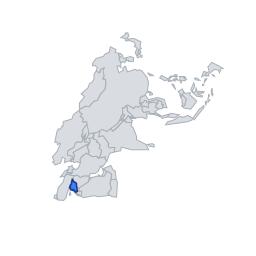 Syria on a map of Asia (Natural Earth projection), rotated 295°
{"feature_id": "SYR", "entity_name": "Syria", "entity_type": "country or territory", "adm_level": 0, "iso_a3": "SYR", "parent_name": "Asia", "parent_adm1": "", "projection": "natural_earth1", "projection_center": [38.0, 34.807], "detail": "fine", "context": "in_parent", "style": "filled", "palette": "blue", "viewbox_px": 256, "rotation_deg": 295, "n_neighbors": 45, "source": "natural_earth", "source_scale": "50m", "svg_char_len": 13775}
<svg xmlns="http://www.w3.org/2000/svg" viewBox="0 0 256 256"><g transform="rotate(295 128 128)"><path d="M123.7,76.4L121.7,77.8L121.4,80.5L118.3,79.9L117.9,83.3L114.3,84.5L116.3,87.8L115.6,89.4L106.1,87.6L105.3,89.1L101.7,88.7L98.3,92.6L95.2,91.6L93.9,88.1L92.0,86.7L87.6,87.2L82.0,83.2L78.2,84.3L78.8,91.4L75.8,89.4L73.4,90.5L73.3,88.5L69.8,85.1L73.9,83.8L73.7,80.8L67.9,81.7L63.8,77.9L65.2,74.0L66.8,75.1L69.8,71.7L77.1,73.7L85.2,73.4L85.5,72.5L83.0,71.3L85.3,69.4L84.1,68.1L84.7,67.5L95.2,65.0L97.8,65.4L98.5,67.3L101.9,67.4L101.9,68.4L106.5,66.6L112.4,73.3L117.2,72.9L123.7,76.4Z" fill="#d9dde1" stroke="#a8b0b8" stroke-width="1"/><path d="M78.8,91.4L78.2,84.3L82.0,83.2L87.6,87.2L92.0,86.7L93.9,88.1L95.2,91.6L97.7,92.6L101.5,89.5L100.8,91.0L105.0,92.2L103.2,93.6L101.4,93.5L101.3,92.0L99.3,92.5L98.4,94.8L97.1,94.7L98.4,97.4L97.7,99.4L82.6,88.6L80.5,91.3L78.8,91.4Z" fill="#d9dde1" stroke="#a8b0b8" stroke-width="1"/><path d="M222.9,176.3L222.3,188.9L221.0,187.3L216.8,187.5L218.7,185.4L217.6,181.7L210.6,178.1L209.5,179.2L207.9,176.7L210.7,175.5L208.3,175.5L205.5,173.1L211.3,172.8L211.9,176.6L213.6,177.8L217.0,174.6L222.9,176.3ZM195.7,188.4L194.7,190.8L193.0,191.0L194.0,189.2L195.7,188.4ZM211.3,184.6L211.2,183.1L211.9,181.8L212.2,183.3L211.3,184.6ZM184.3,163.3L183.4,165.0L186.3,169.5L184.3,169.8L181.4,179.0L171.6,176.9L169.6,170.5L170.7,167.4L172.2,169.8L177.6,168.9L179.0,168.5L181.0,163.0L184.3,163.3ZM201.0,177.8L205.3,177.2L205.9,178.7L201.0,177.8ZM199.3,178.6L198.2,178.2L197.9,177.4L199.6,177.3L199.3,178.6ZM201.1,167.1L202.4,169.1L201.5,173.0L200.3,169.3L201.1,167.1ZM189.4,168.7L196.7,168.5L194.1,170.8L188.3,170.8L188.0,172.3L189.5,174.0L193.5,172.5L190.4,174.9L193.0,181.6L191.5,181.5L192.4,179.9L190.3,180.1L189.5,176.3L188.4,176.9L188.5,181.9L187.4,182.2L185.9,176.7L187.7,171.0L189.4,168.7ZM188.6,190.5L185.7,189.7L187.2,189.3L188.6,190.5ZM187.3,188.3L190.8,187.6L192.4,186.9L192.1,188.0L187.3,188.3ZM184.1,186.9L186.0,188.1L182.0,188.7L184.1,186.9ZM164.5,182.6L175.4,184.7L180.4,187.4L178.5,188.1L163.3,184.5L164.5,182.6ZM160.4,172.6L164.8,177.2L164.1,182.6L162.3,182.6L158.9,179.4L146.7,160.7L150.3,161.2L155.7,167.2L158.8,168.6L161.0,171.1L160.4,172.6Z" fill="#d9dde1" stroke="#a8b0b8" stroke-width="1"/><path d="M195.8,189.4L197.4,187.5L199.7,187.5L195.8,189.4Z" fill="#d9dde1" stroke="#a8b0b8" stroke-width="1"/><path d="M47.9,106.9L46.5,109.6L46.4,114.2L45.4,110.9L46.7,107.3L47.9,106.9Z" fill="#d9dde1" stroke="#a8b0b8" stroke-width="1"/><path d="M49.1,105.1L46.8,107.3L48.9,104.3L49.1,105.1Z" fill="#d9dde1" stroke="#a8b0b8" stroke-width="1"/><path d="M47.4,108.6L46.4,110.6L46.9,108.3L47.4,108.6Z" fill="#d9dde1" stroke="#a8b0b8" stroke-width="1"/><path d="M47.4,108.6L52.6,106.7L53.2,109.1L49.7,110.3L51.3,112.3L48.2,114.8L46.4,114.2L47.4,108.6Z" fill="#d9dde1" stroke="#a8b0b8" stroke-width="1"/><path d="M73.3,124.4L77.3,124.7L80.8,121.6L79.0,127.8L74.1,126.8L73.3,124.4Z" fill="#d9dde1" stroke="#a8b0b8" stroke-width="1"/><path d="M72.1,123.4L71.9,122.0L72.8,120.8L73.3,122.5L72.1,123.4Z" fill="#d9dde1" stroke="#a8b0b8" stroke-width="1"/><path d="M66.2,113.1L68.0,116.1L65.0,115.0L66.2,113.1Z" fill="#d9dde1" stroke="#a8b0b8" stroke-width="1"/><path d="M53.2,109.1L52.6,106.7L56.1,104.7L56.5,100.9L58.8,98.9L61.9,99.4L64.0,102.2L63.0,105.6L66.1,108.5L68.2,113.4L62.1,114.8L53.2,109.1Z" fill="#d9dde1" stroke="#a8b0b8" stroke-width="1"/><path d="M79.3,127.4L81.1,123.1L86.8,128.2L83.7,132.2L83.6,134.7L76.2,139.1L74.3,134.6L79.1,132.7L80.1,128.8L79.3,127.4ZM81.1,120.4L80.5,120.9L80.9,120.2L81.1,120.4Z" fill="#d9dde1" stroke="#a8b0b8" stroke-width="1"/><path d="M158.2,147.8L158.6,143.8L163.7,144.5L164.3,143.2L166.3,145.2L166.3,147.5L163.6,149.0L164.4,150.1L159.9,150.8L158.2,147.8Z" fill="#d9dde1" stroke="#a8b0b8" stroke-width="1"/><path d="M162.3,143.7L158.6,143.8L158.2,147.8L153.9,145.4L152.9,153.5L158.0,159.3L156.4,160.3L151.2,155.2L153.3,148.3L150.6,142.1L151.6,140.1L148.7,135.7L149.9,133.2L152.8,131.8L154.9,133.7L154.9,137.5L158.3,135.9L160.9,137.6L162.7,141.2L162.3,143.7Z" fill="#d9dde1" stroke="#a8b0b8" stroke-width="1"/><path d="M165.9,143.9L162.3,143.7L162.7,141.2L159.5,136.1L154.9,137.5L154.9,133.7L152.8,131.8L155.4,130.4L154.9,128.2L157.8,131.2L159.8,131.2L160.6,132.9L159.2,134.1L165.5,140.6L165.9,143.9Z" fill="#d9dde1" stroke="#a8b0b8" stroke-width="1"/><path d="M152.8,131.8L149.9,133.2L148.7,135.7L151.6,140.1L150.6,142.1L153.3,148.3L151.8,152.1L151.3,146.0L148.6,138.6L145.8,140.9L143.8,140.3L143.7,136.1L139.9,129.8L143.3,119.9L146.4,118.9L146.4,116.6L148.8,118.1L148.0,125.1L149.7,124.8L151.3,126.9L151.0,128.5L154.2,129.1L152.8,131.8Z" fill="#d9dde1" stroke="#a8b0b8" stroke-width="1"/><path d="M161.3,151.0L164.4,150.1L163.6,149.0L166.3,147.5L166.0,141.9L159.2,134.1L160.6,132.9L159.8,131.2L157.8,131.2L155.7,127.9L160.6,126.2L165.5,129.6L162.2,134.5L168.1,141.8L169.2,148.8L162.8,154.7L161.3,151.0Z" fill="#d9dde1" stroke="#a8b0b8" stroke-width="1"/><path d="M192.2,89.3L191.7,92.2L189.1,94.4L190.9,97.0L185.7,97.5L186.0,95.1L184.0,94.0L184.8,92.8L186.8,90.4L189.1,91.1L188.5,90.1L190.8,88.2L192.2,89.3Z" fill="#d9dde1" stroke="#a8b0b8" stroke-width="1"/><path d="M188.2,98.2L191.0,96.6L193.8,100.1L194.1,103.4L190.4,104.7L188.6,100.2L189.7,99.9L188.2,98.2Z" fill="#d9dde1" stroke="#a8b0b8" stroke-width="1"/><path d="M124.3,76.2L130.1,73.4L138.0,75.4L139.1,71.1L147.2,74.7L151.7,74.4L154.7,76.2L158.0,76.5L162.7,74.4L166.3,75.1L166.3,79.2L169.5,78.5L172.7,80.4L164.7,84.7L162.1,84.1L161.7,85.3L162.8,86.7L161.2,88.4L153.5,90.8L146.8,88.8L139.9,88.7L137.7,85.8L130.7,83.8L130.0,80.7L124.3,76.2Z" fill="#d9dde1" stroke="#a8b0b8" stroke-width="1"/><path d="M146.4,116.6L146.4,118.9L143.3,119.9L140.4,128.7L139.2,125.6L138.6,126.9L137.6,125.9L139.3,123.0L135.2,122.4L132.8,120.2L132.4,121.5L133.6,122.5L132.4,123.9L133.5,124.4L134.3,129.4L131.2,129.8L130.6,132.4L124.0,139.3L121.0,140.6L120.7,151.3L117.0,155.9L109.8,140.4L107.8,130.0L104.3,131.0L100.3,125.5L104.8,124.2L102.0,119.2L103.7,117.2L105.5,117.3L110.3,108.8L107.5,104.9L112.4,104.2L113.7,102.6L115.7,104.9L116.0,110.3L120.1,112.9L118.7,115.6L124.1,118.4L132.0,120.2L132.7,117.0L133.1,118.9L134.6,119.6L138.3,119.4L137.5,117.6L144.2,114.3L144.7,116.3L146.4,116.6Z" fill="#d9dde1" stroke="#a8b0b8" stroke-width="1"/><path d="M139.2,125.6L140.1,131.4L138.2,127.3L136.7,127.2L136.5,129.1L134.4,128.7L132.4,123.9L133.6,122.5L132.4,121.5L132.8,120.2L135.2,122.4L139.3,123.0L137.6,125.9L138.6,126.9L139.2,125.6Z" fill="#d9dde1" stroke="#a8b0b8" stroke-width="1"/><path d="M137.5,117.6L138.3,119.4L133.1,118.9L134.7,116.6L137.5,117.6Z" fill="#d9dde1" stroke="#a8b0b8" stroke-width="1"/><path d="M131.8,117.4L132.0,120.2L130.7,120.2L118.7,115.6L120.7,112.4L128.0,116.7L131.8,117.4Z" fill="#d9dde1" stroke="#a8b0b8" stroke-width="1"/><path d="M113.7,102.6L112.4,104.2L107.5,104.9L110.3,108.8L105.5,117.3L103.7,117.2L102.0,119.2L104.8,124.2L100.3,125.5L97.2,122.1L89.3,122.8L89.8,120.6L92.1,119.5L87.8,113.6L90.6,114.6L96.6,113.5L97.3,110.7L101.0,109.6L104.1,100.6L109.1,99.4L111.0,101.8L113.7,102.6Z" fill="#d9dde1" stroke="#a8b0b8" stroke-width="1"/><path d="M92.9,99.5L99.9,99.4L102.1,96.8L104.1,100.2L106.1,98.7L109.1,99.4L103.3,101.5L104.0,103.3L103.1,105.5L101.6,105.5L102.3,106.7L101.0,109.6L97.3,110.7L96.6,113.5L90.6,114.6L87.8,113.6L89.2,111.8L86.9,107.5L87.6,102.3L90.5,102.8L92.9,99.5Z" fill="#d9dde1" stroke="#a8b0b8" stroke-width="1"/><path d="M97.7,99.4L98.4,97.4L97.1,94.7L101.3,92.0L102.0,93.4L99.8,94.8L106.3,95.0L108.8,98.9L104.1,100.2L102.1,96.8L99.9,99.4L97.7,99.4Z" fill="#d9dde1" stroke="#a8b0b8" stroke-width="1"/><path d="M101.5,89.5L105.3,89.1L106.1,87.6L115.6,89.4L106.3,95.0L99.8,94.8L99.8,93.7L105.0,92.2L100.8,91.0L101.5,89.5Z" fill="#d9dde1" stroke="#a8b0b8" stroke-width="1"/><path d="M73.4,90.5L75.8,89.4L78.0,91.5L80.5,91.3L82.6,88.6L95.6,97.8L95.6,99.0L94.4,98.4L89.3,103.0L87.6,102.3L87.4,100.7L81.3,97.7L76.1,99.3L75.8,95.9L73.9,93.8L74.2,92.2L76.9,92.1L75.3,89.8L74.0,91.7L73.4,90.5Z" fill="#d9dde1" stroke="#a8b0b8" stroke-width="1"/><path d="M68.2,113.4L66.1,108.5L63.0,105.6L64.0,102.2L61.0,97.8L60.7,95.0L63.9,96.3L66.8,94.7L68.7,98.6L71.3,99.9L76.0,99.7L80.2,97.5L87.4,100.7L86.9,107.5L89.2,111.8L87.8,113.6L92.1,119.5L89.8,120.6L89.3,122.8L82.6,121.5L81.9,119.1L76.3,119.4L73.0,117.4L70.6,113.0L68.2,113.4Z" fill="#d9dde1" stroke="#a8b0b8" stroke-width="1"/><path d="M64.5,96.3L60.0,93.4L59.9,91.8L62.9,92.3L64.5,96.3Z" fill="#d9dde1" stroke="#a8b0b8" stroke-width="1"/><path d="M61.9,99.4L49.4,100.0L48.4,102.0L48.5,100.4L46.2,100.1L38.4,101.3L35.2,100.3L33.1,94.9L37.9,91.5L44.5,90.0L51.9,92.1L58.4,90.8L61.8,94.4L60.7,95.0L61.9,99.4ZM33.2,90.4L36.1,90.0L37.6,91.4L33.4,93.6L33.2,90.4Z" fill="#d9dde1" stroke="#a8b0b8" stroke-width="1"/><path d="M124.1,156.8L123.9,158.8L121.8,159.8L120.6,155.5L121.2,152.3L124.1,156.8Z" fill="#d9dde1" stroke="#a8b0b8" stroke-width="1"/><path d="M168.6,136.1L166.9,133.9L170.3,132.5L169.9,135.2L168.6,136.1ZM106.3,95.0L116.3,87.8L114.3,84.5L117.9,83.3L118.3,79.9L121.4,80.5L121.7,77.8L124.3,76.2L130.0,80.7L130.7,83.8L137.7,85.8L139.9,88.7L146.8,88.8L153.5,90.8L159.6,89.1L162.8,86.7L161.7,85.3L162.1,84.1L164.7,84.7L169.5,81.1L172.8,81.1L169.5,78.5L165.7,78.4L166.3,75.1L169.9,74.6L170.7,71.2L169.3,69.8L171.7,68.5L177.5,69.7L182.4,75.3L185.2,75.9L188.8,79.0L194.2,77.7L194.0,84.0L191.0,84.4L192.2,89.3L190.8,88.2L188.5,90.1L189.1,91.1L186.8,90.4L184.0,94.0L179.6,96.0L180.5,93.1L179.3,92.1L174.2,96.3L178.4,99.4L179.8,98.0L182.4,98.8L182.9,99.8L178.6,103.7L184.4,110.0L183.9,111.9L185.5,113.6L185.5,116.7L181.9,123.8L178.0,127.3L170.0,129.9L169.7,132.0L168.8,132.1L168.5,130.0L163.8,129.1L163.0,127.2L160.6,126.2L154.9,128.2L155.4,130.4L151.0,128.5L151.3,126.9L149.7,124.8L148.0,125.1L148.8,118.1L147.4,116.5L144.7,116.3L144.2,114.3L138.8,117.3L134.7,116.6L133.0,118.5L132.7,117.0L128.0,116.7L116.0,110.3L115.7,104.9L111.0,101.8L106.3,95.0Z" fill="#d9dde1" stroke="#a8b0b8" stroke-width="1"/><path d="M186.3,122.4L186.5,127.2L186.1,128.8L184.6,125.8L186.3,122.4Z" fill="#d9dde1" stroke="#a8b0b8" stroke-width="1"/><path d="M64.1,90.3L66.3,91.7L67.5,90.4L70.4,93.4L69.1,93.6L68.2,97.1L66.8,94.7L64.5,96.3L63.0,94.1L62.0,91.5L64.3,91.8L64.1,90.3ZM63.9,96.3L62.8,96.1L61.8,94.4L63.3,94.9L63.9,96.3Z" fill="#d9dde1" stroke="#a8b0b8" stroke-width="1"/><path d="M54.3,87.3L62.7,89.1L64.5,91.6L56.8,90.9L56.6,88.8L54.3,87.3Z" fill="#d9dde1" stroke="#a8b0b8" stroke-width="1"/><path d="M189.1,147.7L187.3,145.3L189.4,146.1L189.1,147.7ZM192.4,153.9L192.1,150.3L192.8,151.5L193.9,149.6L192.4,153.9ZM196.3,152.5L198.5,157.4L198.0,159.2L197.3,157.2L196.6,158.2L196.7,160.5L194.7,159.4L193.6,156.2L190.8,157.4L193.3,154.5L196.5,153.9L196.3,152.5ZM186.7,150.9L182.8,155.1L186.3,149.3L186.7,150.9ZM189.7,136.1L189.5,143.6L193.3,144.7L193.7,147.1L191.6,145.1L187.8,144.5L188.3,143.2L186.3,141.5L186.9,135.5L189.7,136.1ZM190.6,151.1L190.2,148.3L192.3,148.9L190.6,151.1ZM196.1,147.8L196.8,150.0L195.5,149.5L195.3,151.7L194.0,147.0L196.1,147.8Z" fill="#d9dde1" stroke="#a8b0b8" stroke-width="1"/><path d="M154.6,158.8L159.4,160.6L161.7,168.8L156.9,166.0L154.6,158.8ZM184.3,163.3L181.0,163.0L179.0,168.5L172.2,169.8L171.0,168.7L170.7,167.4L173.2,167.7L173.5,166.1L176.2,165.3L178.2,162.5L180.1,163.0L182.2,157.9L186.4,160.8L184.3,163.3Z" fill="#d9dde1" stroke="#a8b0b8" stroke-width="1"/><path d="M180.2,160.8L180.1,163.0L179.0,163.5L178.2,162.5L180.2,160.8Z" fill="#d9dde1" stroke="#a8b0b8" stroke-width="1"/><path d="M211.6,95.5L211.6,103.3L207.2,104.3L205.6,106.5L203.8,104.3L197.8,105.7L199.7,107.1L199.5,110.4L197.7,110.5L197.7,108.7L195.6,106.9L199.5,102.7L204.2,102.5L204.8,99.1L206.1,100.0L208.4,97.3L207.7,91.6L209.2,91.2L211.6,95.5ZM212.2,86.3L212.9,85.5L214.2,87.6L211.5,90.1L208.6,88.7L208.6,90.8L206.9,90.9L206.0,89.0L207.8,87.4L206.9,83.3L212.2,86.3ZM200.2,106.5L202.1,104.8L203.7,105.9L201.6,108.0L200.2,106.5Z" fill="#d9dde1" stroke="#a8b0b8" stroke-width="1"/><path d="M74.3,134.6L76.2,139.1L74.7,141.2L60.4,146.9L58.9,141.9L60.2,137.3L66.1,138.6L69.6,135.3L74.3,134.6Z" fill="#d9dde1" stroke="#a8b0b8" stroke-width="1"/><path d="M46.5,114.5L50.5,113.2L51.3,112.3L49.7,110.3L53.2,109.1L62.1,114.8L66.5,115.2L70.9,119.7L74.1,126.8L79.3,127.4L80.1,128.8L79.1,132.7L69.6,135.3L66.1,138.6L60.2,137.3L59.2,139.7L53.2,130.2L52.1,125.5L45.9,117.0L46.5,114.5Z" fill="#d9dde1" stroke="#a8b0b8" stroke-width="1"/><path d="M46.0,102.3L43.4,104.4L42.3,103.4L46.0,102.3Z" fill="#d9dde1" stroke="#a8b0b8" stroke-width="1"/><path d="M48.0,101.8L48.4,101.9L48.5,101.7L48.8,101.3L48.9,101.2L49.1,101.2L49.0,100.7L49.1,100.3L49.2,100.1L49.4,100.1L49.7,100.1L49.7,100.3L49.9,100.4L50.1,100.3L50.3,100.4L50.6,100.3L50.9,100.2L51.0,100.1L51.6,99.9L51.8,99.9L52.0,99.9L52.2,100.1L52.4,100.2L52.5,100.3L53.1,100.3L53.4,100.3L53.7,100.3L54.0,100.2L54.5,100.0L55.1,99.7L55.5,99.5L55.9,99.5L56.2,99.5L56.4,99.5L56.5,99.5L56.8,99.5L57.2,99.4L57.4,99.4L57.6,99.3L57.8,99.1L58.0,99.1L58.1,99.5L57.9,99.8L57.7,100.0L57.2,100.5L56.7,100.6L56.5,100.9L56.4,101.1L56.4,101.5L56.5,101.7L56.6,102.0L56.6,102.3L56.5,102.5L56.4,102.7L56.4,103.0L56.3,103.5L56.3,103.9L56.3,104.0L56.2,104.3L56.0,104.7L55.9,104.7L55.6,104.8L55.1,105.1L54.7,105.4L54.2,105.7L53.8,105.9L53.3,106.2L53.0,106.4L52.5,106.7L52.1,107.0L51.7,107.2L51.4,107.4L50.9,107.8L50.7,107.9L50.2,108.2L49.9,108.5L49.5,108.8L48.9,108.7L48.7,108.6L48.5,108.4L48.3,108.3L48.1,108.1L47.8,107.9L47.9,107.7L48.0,107.5L47.9,107.5L47.9,107.3L47.9,107.2L47.9,106.9L47.9,106.7L48.0,106.6L48.1,106.4L48.1,106.2L48.2,105.9L48.3,105.8L48.5,105.8L48.8,105.8L48.7,105.8L48.6,105.7L48.8,105.4L49.0,105.2L49.0,104.7L48.9,104.6L48.7,104.5L48.8,104.4L48.8,104.2L48.7,104.2L48.6,104.3L48.4,104.3L48.1,104.3L48.0,103.8L48.0,103.7L48.0,103.4L48.1,103.1L48.1,102.9L48.0,102.7L47.8,102.4L47.9,101.9L48.0,101.8Z" fill="#3b82f6" stroke="#1e3a8a" stroke-width="1.5"/></g></svg>